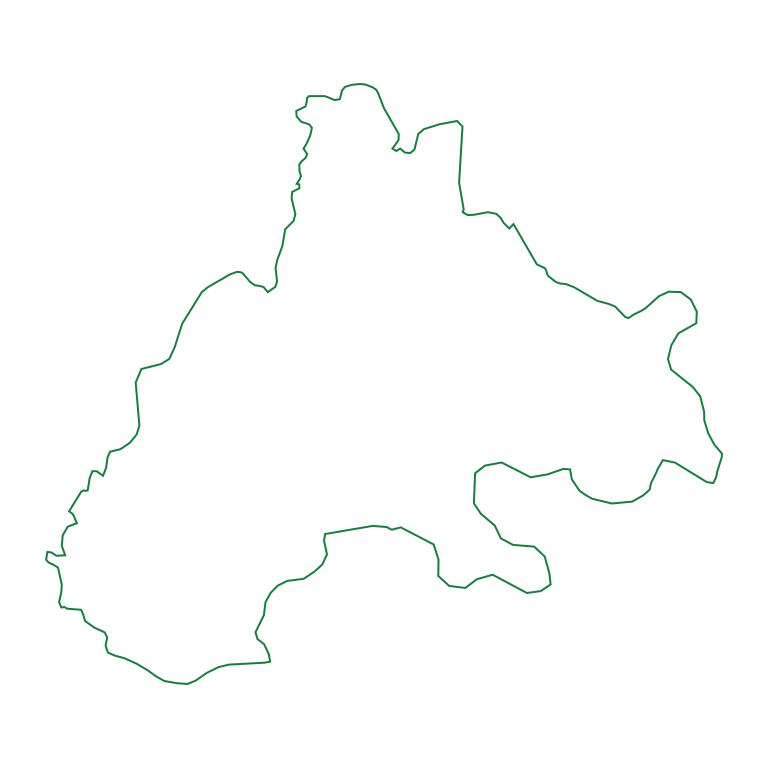 map outline of Mou Houn (Mercator projection)
{"feature_id": "BFA-2804", "entity_name": "Mou Houn", "entity_type": "Province", "adm_level": 1, "iso_a3": "BFA", "parent_name": "Burkina Faso", "parent_adm1": "", "projection": "mercator", "projection_center": [-3.423, 12.234], "detail": "fine", "context": "isolated", "style": "outline", "palette": "green", "viewbox_px": 768, "rotation_deg": 0, "n_neighbors": 0, "source": "natural_earth", "source_scale": "10m", "svg_char_len": 2999}
<svg xmlns="http://www.w3.org/2000/svg" viewBox="0 0 768 768"><path d="M694.5,307.0L696.8,311.7L696.3,323.2L678.4,333.3L671.3,345.3L668.0,359.0L671.1,369.6L692.6,386.8L700.2,396.3L704.1,411.7L704.3,420.5L708.2,433.2L714.4,444.7L721.9,453.5L721.8,457.1L717.3,471.3L716.1,477.4L713.2,483.1L706.6,482.0L675.0,462.6L662.9,460.1L657.5,469.4L656.3,472.6L651.0,483.1L649.7,489.6L643.2,495.4L632.3,501.6L611.9,503.5L592.0,498.7L585.4,494.9L579.4,490.6L571.8,479.3L570.1,469.4L563.4,468.9L547.5,474.4L530.7,477.3L501.6,462.5L485.0,465.6L475.1,473.3L473.9,503.4L480.9,513.8L494.8,525.6L500.9,538.4L513.0,544.9L534.1,546.6L544.7,556.5L549.4,573.3L550.6,584.5L540.7,591.1L526.9,593.0L492.6,574.7L476.8,579.3L465.2,588.0L449.2,585.9L438.3,576.0L438.5,559.5L433.7,544.5L400.8,527.4L391.7,529.7L386.6,527.0L372.7,525.9L325.2,534.0L324.0,540.6L327.0,554.4L322.3,564.5L314.6,571.5L303.7,578.8L287.3,580.9L277.8,585.6L270.8,592.7L265.5,602.1L263.9,615.2L255.5,632.2L257.5,639.1L264.0,644.1L268.8,654.0L270.1,661.7L264.5,662.7L228.9,664.6L218.3,667.2L206.4,673.1L195.7,680.6L187.5,684.0L176.8,683.2L164.3,681.0L156.0,676.3L147.7,670.3L137.1,664.0L124.7,658.3L115.1,655.7L107.9,652.6L105.6,645.6L107.2,637.6L104.7,632.4L94.3,627.6L85.1,621.0L83.4,615.1L81.1,609.8L67.4,608.7L64.3,607.0L61.3,607.5L59.1,602.2L61.3,592.1L61.8,584.6L58.0,567.6L53.8,565.0L48.6,562.5L46.1,559.6L47.4,552.0L51.3,552.4L56.3,555.7L65.2,555.3L61.8,545.9L62.7,535.3L67.8,526.6L76.9,523.2L73.8,516.0L72.3,513.6L69.1,511.3L81.1,491.8L83.4,490.4L85.8,490.9L87.7,490.3L89.7,478.0L92.4,471.2L96.7,471.2L103.0,475.8L106.0,468.2L107.6,457.3L110.1,451.7L120.4,449.2L129.9,442.8L136.7,434.4L139.4,425.8L135.7,382.5L141.4,369.0L161.1,364.0L169.3,358.9L174.8,346.9L182.1,323.9L201.8,292.1L208.1,287.0L230.0,274.4L236.8,271.9L240.3,272.1L242.6,273.1L250.2,282.0L254.7,285.2L259.1,285.8L263.5,287.0L267.8,292.1L275.3,286.9L277.1,281.5L275.6,268.2L277.1,260.3L282.2,246.6L283.4,240.1L285.2,229.3L293.5,221.0L295.4,214.2L291.6,198.3L292.2,191.9L299.3,188.3L299.3,184.4L296.7,183.8L299.5,179.6L300.9,176.1L299.5,170.9L299.3,164.5L301.8,161.1L305.5,158.0L307.2,154.2L303.5,148.6L306.5,143.9L310.2,135.6L311.9,127.8L309.0,124.3L301.2,121.8L296.6,116.4L296.3,110.9L305.5,106.5L306.6,102.3L307.1,98.0L309.0,96.1L324.7,96.1L335.0,100.1L339.9,99.1L342.0,90.5L345.0,86.9L352.0,84.8L359.8,84.0L365.3,84.5L372.6,87.3L376.2,89.7L378.3,93.5L383.9,108.1L398.8,134.1L398.5,140.1L392.4,148.6L396.5,151.0L397.3,150.3L400.2,148.6L405.0,152.6L410.2,153.1L414.4,149.7L418.3,133.9L424.0,129.1L439.4,124.3L457.1,121.0L462.5,126.5L459.1,182.6L463.7,209.4L462.7,212.2L467.7,215.1L474.4,214.7L487.9,212.2L496.3,213.8L500.6,217.8L503.8,223.1L509.3,228.5L513.5,224.1L536.8,264.3L544.9,268.2L545.9,269.9L547.5,274.7L548.4,276.2L555.6,281.8L559.8,283.5L566.1,284.1L574.2,287.3L597.4,300.9L609.0,304.0L615.2,306.6L625.3,317.1L628.6,318.1L633.2,314.8L641.4,310.8L645.8,308.0L659.0,296.2L668.6,291.7L680.8,292.1L690.8,299.5L694.5,307.0Z" fill="none" stroke="#15803d" stroke-width="2"/></svg>